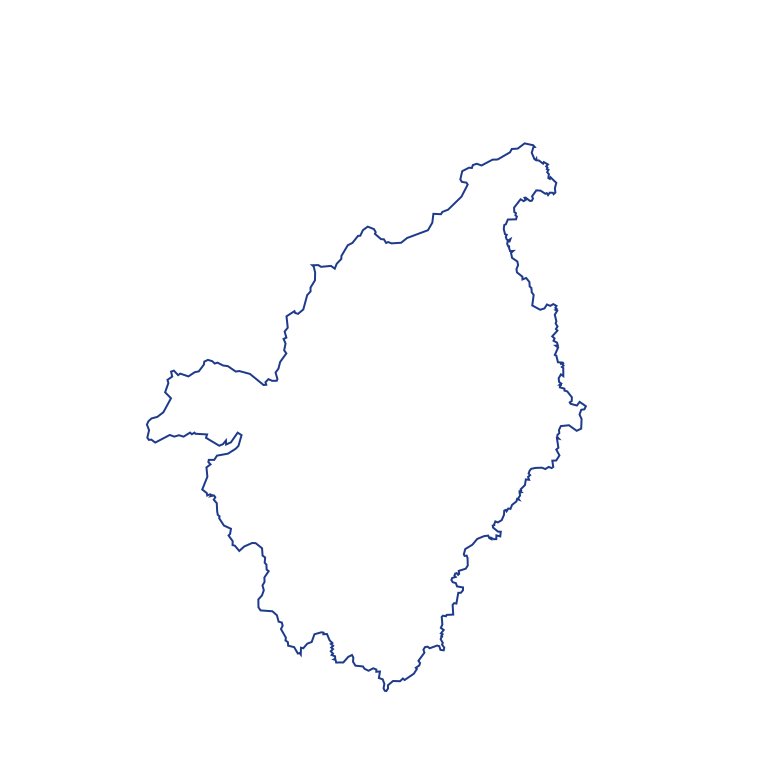 Santa Catarina, Santa Catarina, Cabo Verde, rotated 206°
{"feature_id": "66160863B9089914822408", "entity_name": "Santa Catarina", "entity_type": "district", "adm_level": 2, "iso_a3": "CPV", "parent_name": "Cabo Verde", "parent_adm1": "Santa Catarina", "projection": "mercator", "projection_center": [-23.734, 15.091], "detail": "fine", "context": "isolated", "style": "outline", "palette": "blue", "viewbox_px": 768, "rotation_deg": 206, "n_neighbors": 0, "source": "geoboundaries", "source_scale": "gbopen_adm2", "svg_char_len": 6154}
<svg xmlns="http://www.w3.org/2000/svg" viewBox="0 0 768 768"><g transform="rotate(206 384 384)"><path d="M402.5,135.3L398.9,128.2L395.7,126.4L384.7,130.8L378.9,129.2L374.5,124.2L371.3,124.8L369.1,122.3L369.2,118.6L361.0,113.0L360.1,110.3L357.3,109.9L355.4,106.8L349.4,108.1L343.3,104.0L341.9,105.2L340.2,104.3L343.0,110.6L340.7,111.1L339.1,117.1L335.9,120.4L336.8,128.6L331.4,133.4L329.3,134.0L328.8,132.5L325.7,134.3L320.4,129.7L316.9,128.6L317.8,127.1L314.9,126.4L315.9,124.0L313.6,123.4L314.7,120.5L311.7,119.3L312.2,117.5L308.6,117.8L307.4,115.6L308.3,114.5L306.5,114.7L304.9,112.7L298.5,115.9L296.5,123.1L294.0,126.4L291.6,124.6L290.1,120.8L286.2,118.3L279.1,120.9L276.6,119.5L272.2,119.5L269.0,123.8L265.7,124.0L264.8,122.0L261.6,123.8L259.7,117.5L255.7,118.0L252.2,114.6L251.0,110.3L248.8,108.6L247.3,109.1L246.9,112.1L248.4,114.9L245.7,121.0L239.3,123.9L237.9,127.6L235.7,127.0L230.2,136.7L229.5,142.3L231.0,142.9L228.9,146.5L229.3,149.0L231.7,150.3L229.9,160.2L232.1,162.5L231.8,165.5L229.7,167.0L227.1,166.5L221.6,172.2L219.4,172.6L216.7,169.8L213.6,170.8L214.2,173.4L217.6,175.2L217.6,177.0L221.2,179.5L221.5,182.1L220.3,182.6L222.0,182.7L221.7,184.8L223.5,184.8L222.5,189.1L226.0,189.7L226.1,193.4L230.0,199.9L229.4,201.6L226.5,202.4L226.5,203.9L220.7,207.1L225.5,215.6L224.9,217.8L222.7,218.4L225.7,228.9L223.4,230.0L222.6,233.2L223.8,235.8L229.6,234.1L232.1,236.5L235.4,236.0L237.5,237.4L237.7,239.5L235.0,242.0L236.7,242.7L236.9,244.8L235.8,245.9L233.7,245.0L233.2,246.3L234.9,248.8L229.6,253.8L229.1,257.5L232.6,264.2L234.5,266.0L236.2,264.8L237.6,265.9L238.6,271.3L234.1,278.3L232.3,285.6L227.3,291.2L223.9,293.4L221.7,291.6L220.3,291.6L221.4,292.5L220.5,292.8L217.4,292.6L215.1,293.8L216.6,297.2L212.7,298.0L214.3,302.4L216.8,301.3L223.1,302.8L224.2,304.4L222.4,306.0L223.4,305.7L223.7,309.3L221.0,309.5L218.5,313.3L218.8,319.0L220.4,322.9L219.3,324.3L218.0,323.4L217.7,326.6L215.6,327.2L215.9,331.5L213.5,336.5L214.0,339.0L211.9,339.2L213.3,340.0L212.8,343.4L214.6,345.9L213.1,346.9L214.9,347.3L214.0,348.4L215.0,349.3L213.0,354.9L214.7,360.4L211.6,361.5L213.8,363.7L212.7,366.1L214.8,367.0L215.1,369.9L214.6,372.2L211.2,374.9L205.4,378.0L201.7,378.3L199.6,381.7L196.5,381.9L195.5,383.6L199.1,388.9L195.7,390.7L195.0,396.7L200.4,400.6L199.3,403.1L204.8,411.1L203.0,411.5L205.1,412.3L205.8,414.3L204.9,416.6L206.6,419.5L206.6,423.7L199.7,428.0L190.3,426.4L187.2,430.3L191.1,439.2L194.9,442.3L195.4,447.3L192.8,449.1L192.8,452.5L200.3,453.7L201.2,449.2L207.7,448.0L209.0,448.9L207.8,451.0L209.3,454.4L216.1,457.7L218.9,457.2L219.8,458.9L224.5,458.1L225.2,460.5L223.6,461.2L225.8,460.3L224.9,462.1L227.5,462.6L229.5,465.6L229.2,470.2L226.3,469.7L229.9,477.0L231.6,477.3L230.7,479.3L232.7,480.3L234.6,479.2L232.2,481.3L232.7,481.6L237.2,479.8L241.5,485.0L243.2,485.0L243.5,493.1L246.5,493.7L244.6,494.8L246.6,497.0L250.6,497.2L250.7,499.7L253.7,500.6L251.5,508.0L253.6,508.8L253.2,511.7L256.3,513.7L256.5,515.8L260.9,521.2L260.4,525.7L262.4,525.8L261.6,527.1L263.4,527.6L263.2,529.8L266.9,530.0L268.8,527.1L272.4,526.9L272.9,522.3L276.2,519.2L285.2,519.6L288.5,529.6L291.5,531.3L293.6,534.9L295.8,535.5L298.0,539.4L302.7,541.6L305.4,538.7L306.6,541.1L313.4,542.6L315.3,545.3L315.6,549.7L317.9,552.6L324.2,553.5L327.3,557.5L326.2,560.2L328.9,558.7L332.1,562.0L331.2,563.0L332.7,562.2L334.7,563.9L335.3,566.1L333.6,567.2L333.9,569.7L335.4,567.3L337.2,567.8L339.0,569.6L339.1,571.9L340.9,571.7L344.3,575.8L345.6,579.6L344.5,581.0L344.8,586.1L337.5,589.9L338.0,592.8L339.8,593.2L340.3,595.4L342.3,595.7L344.4,599.5L342.2,609.9L338.6,609.6L337.4,611.6L339.3,613.0L338.4,613.6L333.1,612.5L331.5,613.5L331.4,616.0L333.2,617.6L332.0,624.8L328.1,626.4L322.4,625.7L321.4,626.9L319.4,625.7L318.9,628.6L316.0,629.9L314.8,629.0L313.9,631.2L316.3,635.0L317.3,640.3L324.9,642.8L324.8,641.0L326.6,641.2L327.8,644.9L330.2,645.9L330.1,648.6L331.8,648.5L332.0,650.2L333.6,650.7L332.9,653.2L337.6,653.5L337.6,651.8L342.8,652.8L345.0,651.9L345.8,653.2L345.9,651.9L347.3,652.0L352.6,656.6L353.5,662.3L352.4,663.1L354.6,664.0L363.1,661.9L367.0,654.2L372.2,651.2L372.3,647.5L380.3,635.6L384.8,633.2L392.1,623.2L397.2,622.6L400.1,619.7L399.7,616.7L402.4,615.7L407.0,609.6L405.1,601.4L402.6,599.8L398.2,601.1L396.2,599.9L396.5,586.3L402.8,568.8L407.0,564.2L407.2,561.6L414.2,558.6L411.3,550.2L411.9,541.5L427.3,525.3L430.5,518.5L438.9,513.7L442.5,513.4L443.9,511.7L447.5,514.0L450.2,512.9L458.0,515.0L458.0,516.8L460.9,518.8L467.6,518.3L470.4,513.0L470.3,506.9L472.3,505.7L474.2,497.0L477.4,492.8L478.4,480.4L477.2,477.7L479.2,471.3L478.8,466.1L483.4,466.9L492.0,461.7L495.1,462.1L500.5,459.3L498.7,458.8L494.7,453.9L491.5,446.9L492.3,438.4L490.6,435.0L492.0,430.2L489.2,415.6L492.0,409.4L495.0,408.9L496.4,410.2L501.3,402.1L495.2,392.4L496.3,387.6L492.1,382.9L494.0,380.5L490.2,377.2L488.5,370.5L485.2,368.7L487.0,358.3L485.6,351.5L486.5,346.8L482.0,341.8L481.8,339.9L486.0,337.8L490.0,337.7L491.3,333.6L489.5,331.7L491.8,330.3L508.9,334.3L519.8,332.2L522.7,330.2L532.2,331.6L536.7,330.1L543.0,330.2L545.1,328.2L548.3,329.2L552.8,328.5L555.3,325.4L554.4,322.4L556.0,314.2L559.3,311.6L563.1,305.1L571.7,304.0L572.9,301.7L578.7,303.9L580.8,301.8L577.6,297.8L580.4,292.8L578.2,290.3L577.1,280.6L569.2,277.8L569.9,261.9L573.3,255.1L577.9,251.1L579.4,247.2L579.3,243.6L574.9,239.5L573.2,232.0L570.8,230.7L568.8,232.0L563.9,231.1L554.2,244.3L549.4,244.8L545.8,248.1L541.1,248.8L537.0,255.3L534.7,254.6L533.0,257.2L531.7,256.6L520.9,261.1L520.4,257.6L505.0,256.3L502.4,259.3L501.3,263.9L499.4,260.4L496.0,264.5L494.2,276.1L489.6,275.6L487.7,264.6L488.8,261.0L493.7,253.0L502.7,246.4L503.3,241.4L508.2,239.0L507.6,236.8L504.7,235.7L507.0,231.2L502.1,223.2L501.1,209.5L495.5,208.3L494.0,206.3L492.0,208.6L490.1,208.7L490.5,207.3L488.0,209.3L486.0,208.3L486.3,205.4L482.1,203.6L478.0,196.2L476.0,193.5L473.8,193.0L473.3,191.1L465.8,186.6L458.1,186.8L456.6,181.7L457.3,179.7L451.1,176.4L449.5,172.8L447.2,173.3L440.9,170.5L438.4,176.7L432.8,183.3L429.6,184.7L421.6,182.9L417.9,176.5L414.8,176.0L412.9,171.1L410.5,170.1L408.2,165.8L405.6,165.2L406.7,157.7L404.6,153.7L404.9,149.7L401.6,145.9L401.0,140.5L402.5,135.3Z" fill="none" stroke="#1e3a8a" stroke-width="2"/></g></svg>